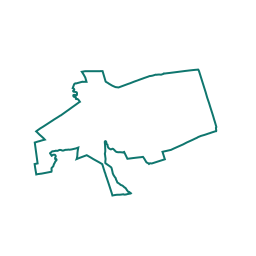 Bulbucata, Giurgiu, Romania (Mercator projection), rotated 209°
{"feature_id": "2599482B12854279400652", "entity_name": "Bulbucata", "entity_type": "district", "adm_level": 2, "iso_a3": "ROU", "parent_name": "Romania", "parent_adm1": "Giurgiu", "projection": "mercator", "projection_center": [25.811, 44.28], "detail": "fine", "context": "isolated", "style": "outline", "palette": "teal", "viewbox_px": 256, "rotation_deg": 209, "n_neighbors": 0, "source": "geoboundaries", "source_scale": "gbopen_adm2", "svg_char_len": 5487}
<svg xmlns="http://www.w3.org/2000/svg" viewBox="0 0 256 256"><g transform="rotate(209 128 128)"><path d="M80.6,118.5L86.3,123.9L79.8,129.7L78.1,132.1L71.9,140.3L69.6,143.8L65.8,148.9L64.4,150.9L63.7,151.9L63.3,152.3L62.1,154.3L61.5,155.0L60.4,156.4L59.1,157.7L58.0,158.8L56.5,160.4L54.8,162.3L54.1,163.0L52.6,164.7L49.6,167.9L49.4,168.0L49.6,168.6L50.3,169.5L51.2,170.8L51.2,171.0L51.2,171.7L51.3,171.8L52.4,172.9L54.6,175.1L56.8,177.2L58.8,179.2L61.5,181.8L62.9,183.1L66.4,186.4L69.3,189.2L71.4,191.1L73.6,193.1L74.8,194.3L77.4,196.9L93.5,212.2L93.8,212.4L94.8,213.1L95.1,213.1L95.6,212.6L96.9,211.8L100.9,209.0L105.8,205.5L108.1,203.8L117.5,196.9L121.4,194.1L121.6,193.9L122.8,193.2L122.7,193.1L124.9,190.7L125.3,190.5L126.2,190.1L127.1,189.6L127.6,189.3L128.0,189.0L129.0,188.3L129.6,188.1L130.0,187.7L131.8,185.8L132.5,185.2L133.9,184.1L134.4,183.8L135.0,183.0L137.8,179.9L145.3,171.3L147.9,168.1L149.1,166.8L155.9,158.9L158.8,157.7L162.2,157.4L166.4,157.5L166.6,157.6L169.9,157.7L170.1,157.8L170.3,158.0L177.8,165.4L182.4,162.8L192.9,157.0L195.6,154.8L192.5,153.1L189.8,151.4L186.7,148.3L190.0,146.4L190.3,146.4L190.9,145.8L195.1,141.7L195.4,141.7L195.8,141.4L196.2,140.7L196.3,140.1L195.7,136.1L195.2,136.2L194.4,136.1L193.9,135.8L193.6,135.5L193.6,135.1L193.8,134.6L194.0,134.1L193.9,133.7L193.7,133.5L193.4,133.4L193.1,133.4L192.5,133.7L190.9,134.2L190.4,134.3L190.0,134.2L189.7,133.9L189.2,133.2L188.9,132.5L188.8,131.9L189.2,131.4L189.6,131.3L190.4,131.3L191.0,131.0L191.5,130.6L191.7,130.1L191.5,129.8L191.1,129.3L190.5,129.1L189.9,129.2L189.2,129.5L188.7,129.6L188.3,129.3L188.1,129.0L187.9,128.4L187.7,128.2L187.3,128.2L187.0,128.4L186.5,128.8L186.0,128.9L185.4,128.7L184.4,128.4L182.8,127.6L183.0,127.3L192.9,106.4L193.2,106.1L194.8,103.1L196.6,99.9L200.6,92.3L203.0,87.8L204.5,85.2L206.6,80.8L206.7,80.5L205.7,80.3L202.2,79.3L199.0,78.6L196.9,78.1L195.1,77.5L195.2,77.4L195.4,77.2L196.2,76.5L198.0,74.7L199.1,73.5L199.6,73.1L201.0,71.7L201.5,71.1L202.3,70.3L202.5,70.1L189.9,53.2L192.2,51.2L190.3,48.7L187.2,44.8L186.0,43.3L185.7,42.9L184.8,43.7L184.6,43.9L184.1,44.3L183.6,44.6L182.5,45.5L182.1,45.7L181.1,46.5L173.8,52.6L173.9,53.0L174.0,53.4L174.1,53.7L174.2,53.9L174.7,54.5L175.0,55.1L175.2,55.4L175.4,55.7L175.4,56.1L175.3,56.4L175.3,56.5L175.1,57.1L175.0,57.6L174.9,58.1L174.8,58.5L174.9,58.9L175.0,59.2L175.1,59.6L175.2,60.1L175.2,60.3L175.2,60.5L175.3,60.8L175.2,61.1L175.2,61.5L175.3,62.7L175.3,63.2L175.3,63.6L175.2,64.0L175.1,64.4L175.0,64.9L175.0,65.2L175.0,65.4L175.1,65.6L175.4,65.9L175.7,66.0L175.8,66.0L176.3,65.6L176.5,65.5L176.9,65.9L177.2,66.3L177.3,66.7L177.3,67.3L177.4,67.7L177.4,68.0L177.5,68.2L177.6,68.4L177.8,68.6L178.5,69.0L179.0,69.1L179.7,68.8L180.3,68.4L180.6,68.2L180.8,67.8L181.1,67.0L181.3,66.7L183.9,68.1L183.9,68.4L183.9,68.6L183.7,68.8L183.4,69.6L183.3,69.9L183.2,70.1L183.2,70.4L183.1,70.5L182.9,70.8L182.4,71.3L181.9,71.5L181.3,72.1L180.6,72.6L180.1,73.2L179.6,73.4L179.2,73.5L178.8,73.7L178.2,74.3L177.7,75.1L177.2,75.6L177.0,75.8L176.3,76.1L175.7,76.3L175.2,76.3L174.4,76.5L173.9,76.7L173.7,76.9L173.2,77.4L172.3,78.4L171.8,78.8L171.1,79.2L170.3,79.7L169.7,80.2L169.3,80.4L168.7,80.6L168.3,80.9L167.6,81.4L166.6,82.2L165.2,83.5L164.4,84.2L163.3,85.2L163.3,85.3L162.0,86.8L161.8,86.2L160.9,83.6L160.2,81.9L159.8,81.0L159.4,80.3L159.2,79.8L158.8,79.0L158.6,78.5L158.5,78.0L158.3,77.4L158.1,77.1L158.0,76.7L157.9,75.9L157.3,76.6L157.1,76.9L155.7,78.6L150.9,84.2L145.3,84.1L143.5,84.0L142.8,84.0L140.1,84.0L138.1,84.0L136.0,84.0L133.0,83.9L131.0,82.0L129.0,80.1L128.1,79.3L127.6,78.7L125.8,77.2L124.9,76.3L124.0,75.4L122.8,74.4L116.6,68.7L113.7,66.0L110.8,63.3L108.9,61.4L107.6,62.5L105.7,64.0L102.3,66.0L99.9,67.8L99.2,67.8L98.7,68.1L98.1,68.5L97.6,68.8L97.3,69.1L97.1,69.3L96.7,69.7L94.7,71.4L93.9,72.0L93.8,72.3L94.4,72.4L95.8,72.6L96.1,72.6L96.8,72.3L97.0,72.3L98.6,73.1L98.8,73.1L100.2,73.9L100.8,74.2L101.1,74.3L101.3,74.4L101.5,74.4L101.8,74.3L102.1,74.3L102.5,74.4L104.6,74.9L105.3,74.9L106.1,74.8L106.4,74.7L106.7,74.7L106.9,74.7L107.1,74.7L107.8,74.9L108.3,75.0L109.3,75.1L110.1,75.2L110.7,75.1L110.9,75.2L111.0,75.3L111.4,75.6L111.6,75.8L112.5,76.5L113.0,76.8L113.6,77.2L114.3,78.1L114.7,78.3L115.3,78.5L117.8,79.8L118.6,80.4L119.4,81.0L119.7,81.4L121.2,83.1L122.5,84.5L122.9,84.9L123.4,85.3L124.0,85.5L125.6,85.7L126.2,85.8L127.4,85.9L128.3,86.0L129.1,86.1L130.3,86.2L130.6,86.3L130.8,86.4L131.0,86.5L131.5,87.6L131.8,88.1L131.9,88.4L132.2,89.2L132.5,89.8L132.7,90.2L134.2,92.2L135.1,93.5L135.7,94.1L136.0,95.1L136.3,95.9L136.6,96.7L136.7,96.9L137.5,98.2L139.1,100.8L140.1,102.4L141.0,103.7L141.6,104.6L141.6,105.2L141.5,105.5L140.9,105.6L140.4,105.3L140.1,105.1L139.9,104.8L139.8,104.6L139.8,104.4L139.8,104.2L139.7,103.7L139.0,103.5L138.2,103.6L137.8,103.4L137.5,103.0L137.0,102.3L136.6,101.9L136.1,101.5L135.1,101.0L134.8,101.0L134.2,100.9L133.1,100.9L132.6,101.0L132.3,101.3L131.8,102.0L131.4,102.4L130.9,102.5L130.5,102.4L129.9,102.3L129.2,102.1L128.6,101.9L128.0,101.7L127.2,101.5L126.4,101.5L125.2,101.9L124.7,102.1L124.4,102.3L124.1,102.5L123.8,102.7L123.5,102.8L123.1,103.0L122.8,103.2L122.6,103.3L121.8,103.6L121.2,103.9L120.3,104.2L120.4,104.5L119.8,105.2L113.6,100.8L111.5,102.3L108.8,104.3L104.5,107.4L102.9,108.5L102.2,109.0L101.2,109.8L100.9,110.0L100.7,109.9L100.4,109.8L100.0,109.6L99.2,109.2L98.1,108.6L97.3,108.1L96.6,107.7L95.9,107.3L95.6,107.1L95.3,107.0L94.8,106.9L94.4,106.9L93.7,107.0L92.9,106.9L92.2,106.7L91.7,107.8L90.0,108.5L80.6,118.5Z" fill="none" stroke="#0f766e" stroke-width="2"/></g></svg>